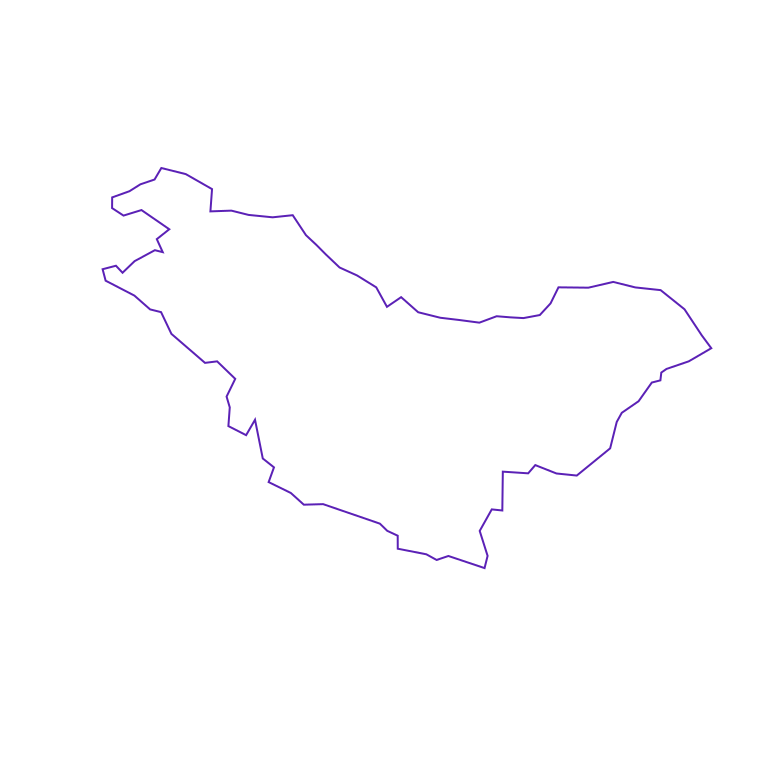 the district of Alevga, Nicosia, Cyprus, rotated 284°
{"feature_id": "46923920B64835616919063", "entity_name": "Alevga", "entity_type": "district", "adm_level": 2, "iso_a3": "CYP", "parent_name": "Cyprus", "parent_adm1": "Nicosia", "projection": "equal_earth", "projection_center": [32.609, 35.152], "detail": "fine", "context": "isolated", "style": "outline", "palette": "violet", "viewbox_px": 768, "rotation_deg": 284, "n_neighbors": 0, "source": "geoboundaries", "source_scale": "gbopen_adm2", "svg_char_len": 1310}
<svg xmlns="http://www.w3.org/2000/svg" viewBox="0 0 768 768"><g transform="rotate(284 384 384)"><path d="M508.2,680.4L508.4,680.2L529.2,657.5L542.0,629.7L538.5,604.4L538.5,581.7L526.9,559.0L520.0,529.9L502.5,526.1L488.6,518.5L481.7,503.4L479.3,490.8L477.0,476.9L466.6,461.7L464.3,441.5L461.9,422.6L461.9,399.8L472.4,379.6L459.6,368.2L475.9,353.1L482.8,331.6L486.3,312.7L495.6,296.3L502.5,284.9L509.5,272.3L525.7,254.6L518.8,235.6L515.3,211.7L515.3,194.0L509.5,173.8L531.5,170.0L539.7,140.9L539.7,115.7L526.9,111.9L518.8,99.3L509.5,90.4L499.3,75.1L488.9,77.6L484.4,90.5L494.1,106.6L482.2,138.2L469.6,128.5L458.4,137.4L458.4,129.3L442.9,112.3L428.7,103.4L433.9,95.3L427.3,83.2L416.9,88.9L409.4,120.4L399.8,139.0L399.8,150.3L381.2,165.6L361.2,205.2L365.6,216.6L353.0,238.4L333.7,234.3L324.0,240.0L305.5,243.2L301.0,262.6L318.1,267.5L282.4,284.4L276.5,297.4L260.9,295.8L255.7,320.0L247.5,335.4L252.7,354.0L247.5,413.8L242.3,422.7L240.1,434.0L227.5,437.2L229.0,466.3L226.0,477.6L232.7,488.1L229.7,526.1L242.3,526.1L264.6,512.4L288.4,518.9L289.9,529.4L327.7,520.5L332.2,545.5L341.9,550.4L338.9,573.0L340.8,586.2L341.8,593.2L376.3,619.0L403.5,619.0L413.6,621.7L428.9,635.2L450.2,643.5L454.4,651.3L462.2,650.3L467.0,654.5L479.7,674.2L497.9,692.9L508.2,680.4Z" fill="none" stroke="#5b21b6" stroke-width="2"/></g></svg>